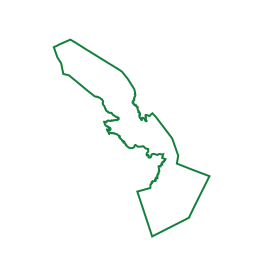 the district of Asunción Tlacolulita, Oaxaca, Mexico, rotated 146°
{"feature_id": "50627088B55334990083111", "entity_name": "Asunción Tlacolulita", "entity_type": "district", "adm_level": 2, "iso_a3": "MEX", "parent_name": "Mexico", "parent_adm1": "Oaxaca", "projection": "equal_earth", "projection_center": [-95.763, 16.21], "detail": "fine", "context": "isolated", "style": "outline", "palette": "green", "viewbox_px": 256, "rotation_deg": 146, "n_neighbors": 0, "source": "geoboundaries", "source_scale": "gbopen_adm2", "svg_char_len": 5829}
<svg xmlns="http://www.w3.org/2000/svg" viewBox="0 0 256 256"><g transform="rotate(146 128 128)"><path d="M127.4,19.5L127.3,19.8L116.6,26.0L87.4,42.5L99.2,59.2L107.4,71.2L101.8,77.0L97.2,94.7L98.7,121.5L99.6,126.4L99.8,126.3L100.3,126.4L100.6,126.5L103.4,125.9L103.8,126.1L104.6,127.6L105.9,128.8L106.4,128.8L106.6,128.2L107.0,127.6L107.0,127.0L107.9,126.0L108.5,124.7L108.6,123.4L108.9,123.4L109.3,123.6L109.5,123.9L109.5,124.5L109.4,125.4L109.2,126.3L109.3,127.0L109.5,127.6L109.9,128.1L110.6,128.4L111.6,127.5L111.8,127.0L112.1,126.9L112.4,127.2L112.4,127.7L112.0,128.0L111.7,128.6L112.5,129.3L112.4,129.8L112.4,130.6L112.2,131.0L111.7,131.3L111.7,131.6L111.3,131.6L111.3,132.1L111.2,132.5L110.4,132.6L110.2,132.7L110.0,133.2L110.1,133.5L110.3,133.7L110.3,133.8L110.2,133.7L110.1,133.8L109.8,134.1L109.9,134.4L110.0,134.5L109.9,134.7L109.8,134.8L109.9,135.3L109.8,135.6L110.2,135.7L109.9,136.1L109.7,136.3L109.7,137.1L109.5,138.0L109.5,138.3L109.2,138.8L108.8,139.3L108.5,139.4L108.4,139.9L108.3,140.2L108.6,140.3L108.9,140.3L108.9,140.5L108.7,140.5L108.6,140.8L108.8,141.6L108.7,142.4L109.1,142.4L109.0,142.7L109.3,143.1L109.3,143.5L109.5,143.6L109.8,143.6L109.9,144.4L109.8,144.7L109.8,144.8L109.7,144.9L109.7,145.3L109.9,145.4L109.8,145.7L109.9,145.9L109.5,146.1L109.8,146.6L109.7,147.0L109.3,147.2L109.0,147.5L108.7,147.4L108.4,147.5L107.9,147.8L107.7,147.6L107.3,147.6L106.8,148.1L106.5,149.1L106.2,149.1L105.9,149.5L105.6,149.7L105.2,150.1L104.8,150.1L103.5,151.0L103.5,152.1L103.2,152.5L102.8,152.6L102.7,153.0L102.4,153.2L102.2,153.7L101.1,156.6L100.7,168.8L101.5,178.1L102.9,181.6L108.1,193.0L119.3,217.8L123.3,227.1L126.4,233.5L139.0,235.8L140.4,235.8L144.3,236.5L147.0,226.2L147.2,220.9L147.3,218.9L151.4,209.0L147.5,204.7L140.8,182.0L137.9,172.9L137.5,172.3L137.3,172.2L137.2,172.1L136.9,172.0L136.4,171.4L136.3,170.9L135.9,170.9L135.6,170.7L135.4,170.4L135.2,169.9L135.2,169.6L134.6,168.8L134.4,168.4L134.1,167.3L133.6,166.3L133.8,166.0L133.6,165.4L133.6,164.8L133.8,164.3L133.9,163.6L134.6,163.0L134.9,162.9L135.0,162.5L135.3,162.4L135.4,162.1L135.6,161.3L135.5,160.1L135.3,159.5L135.5,158.8L136.1,157.0L135.8,156.3L136.4,155.2L136.2,154.1L135.9,153.6L135.7,152.4L135.4,152.4L135.2,151.5L135.0,151.0L134.8,150.8L133.9,150.4L133.2,149.7L133.2,149.1L133.3,148.9L133.2,148.4L133.0,147.3L133.0,146.8L132.6,146.4L132.4,145.6L132.0,144.7L131.7,144.3L131.6,143.7L131.2,143.4L131.0,142.8L130.8,142.7L130.2,142.1L130.2,141.2L130.4,141.0L131.1,141.0L131.1,140.5L131.4,140.5L132.1,140.5L132.9,140.7L133.3,141.4L133.7,141.6L135.4,142.2L135.8,142.7L136.4,142.6L136.7,142.8L137.4,143.0L137.6,143.6L138.6,143.6L139.0,143.8L139.2,144.3L139.9,144.8L140.2,145.3L140.6,145.4L141.3,145.3L141.7,145.5L142.5,145.3L142.8,144.9L143.2,145.3L143.8,145.9L143.9,146.3L144.3,146.5L145.2,143.6L145.0,142.1L144.8,141.7L144.5,141.3L144.4,140.7L144.1,140.7L144.1,140.4L143.7,140.0L143.7,138.9L143.2,138.8L143.2,138.6L142.8,138.1L142.9,137.3L143.1,137.2L143.2,136.7L143.5,136.4L143.8,136.3L144.0,136.4L144.4,136.6L145.2,137.5L145.9,138.2L146.2,138.6L146.3,138.6L146.5,138.1L146.5,137.5L146.6,137.1L146.6,136.7L146.3,136.2L146.1,135.8L146.3,135.5L146.6,135.4L146.7,135.0L146.7,134.4L146.9,134.1L147.0,133.8L146.9,133.7L146.7,133.9L146.7,134.2L146.5,134.3L146.1,134.4L145.6,134.2L145.4,133.9L145.2,133.6L144.9,133.6L144.7,133.5L144.7,133.2L144.4,132.7L144.1,132.7L143.9,132.7L143.6,132.5L143.5,132.1L143.3,131.9L143.0,131.6L142.6,131.6L142.4,131.5L142.2,130.7L141.9,130.6L141.6,130.0L141.1,129.6L140.7,129.0L140.4,128.4L140.4,128.0L140.3,127.8L140.2,127.3L139.9,126.8L140.1,126.4L140.0,126.1L139.4,125.9L139.4,125.7L139.6,125.5L139.7,125.3L139.8,125.2L140.1,125.3L140.3,125.1L140.5,125.0L140.5,124.8L140.4,124.5L140.2,124.0L140.2,123.4L140.0,123.0L139.9,122.7L139.9,122.4L139.8,122.2L139.8,121.7L139.9,121.2L140.0,120.9L139.8,120.7L139.6,120.5L139.6,120.2L139.3,120.1L139.1,119.8L139.0,119.7L139.1,119.3L139.8,118.8L139.9,118.6L139.8,118.4L139.4,118.5L138.9,118.5L138.8,118.4L138.9,118.0L139.1,117.8L139.2,117.6L139.1,117.2L139.1,116.9L139.1,116.4L139.0,116.1L138.9,115.1L138.9,114.9L139.0,114.8L139.3,114.9L139.3,114.7L139.0,114.4L139.0,114.1L139.0,113.7L138.9,113.0L138.5,112.0L138.5,111.5L138.5,111.4L138.3,111.3L137.9,110.9L137.6,110.5L137.3,109.9L136.9,109.6L135.7,109.0L134.9,108.8L134.0,108.7L133.5,108.8L133.1,109.1L132.2,109.7L131.8,109.9L131.5,109.9L131.1,109.4L130.7,107.9L130.3,107.0L127.8,105.4L127.1,105.0L125.7,104.5L125.4,104.1L125.1,102.1L124.8,101.3L124.4,100.6L123.6,99.9L123.2,99.5L123.0,99.2L123.3,98.8L123.6,98.4L124.4,97.2L125.3,96.9L125.8,96.8L126.4,96.6L127.0,96.1L127.5,95.5L127.8,94.9L127.6,94.5L127.3,94.3L126.7,94.5L126.5,94.4L126.3,94.2L126.2,94.0L126.2,93.7L126.4,93.3L126.8,92.7L127.4,92.1L127.0,91.6L126.2,91.1L125.2,91.2L124.3,91.8L123.4,92.8L122.3,92.7L121.1,92.1L120.3,91.2L119.6,90.2L118.4,89.1L117.3,89.2L116.1,88.5L114.6,86.9L113.5,86.6L115.2,85.0L116.4,84.2L114.4,81.3L114.8,81.2L114.9,80.8L115.3,80.7L115.5,81.1L116.0,80.8L116.0,80.5L116.3,80.3L116.5,80.6L117.0,80.6L117.3,80.1L117.7,80.0L118.2,80.0L118.2,80.3L118.5,80.4L118.6,80.0L118.9,79.9L119.2,79.6L119.4,79.5L119.7,79.6L119.7,79.2L120.3,79.0L120.3,78.5L120.7,78.6L121.0,79.0L121.3,78.8L121.5,78.7L121.7,78.4L122.0,78.3L122.3,78.2L122.5,78.0L123.0,78.7L123.5,79.0L123.9,79.1L124.1,79.1L125.4,76.4L125.8,75.6L125.9,75.1L126.4,75.1L126.5,74.6L127.0,74.3L127.5,74.2L127.8,73.5L128.4,73.4L128.6,72.8L128.9,72.7L128.9,73.0L129.3,72.7L129.8,72.6L130.4,72.3L130.5,71.6L130.9,71.4L131.2,70.5L131.7,70.0L132.0,70.5L132.1,71.1L132.5,71.2L132.9,71.0L132.9,70.5L133.9,70.4L134.5,70.0L134.1,69.2L134.7,68.8L135.0,69.2L135.2,69.4L135.8,69.2L136.3,69.3L137.1,69.6L137.3,70.1L138.1,69.9L138.5,70.0L139.1,69.4L138.7,69.1L139.1,68.8L140.3,68.6L141.0,68.6L142.4,66.5L143.1,65.8L155.8,70.1L168.6,24.6L127.4,19.5Z" fill="none" stroke="#15803d" stroke-width="2"/></g></svg>